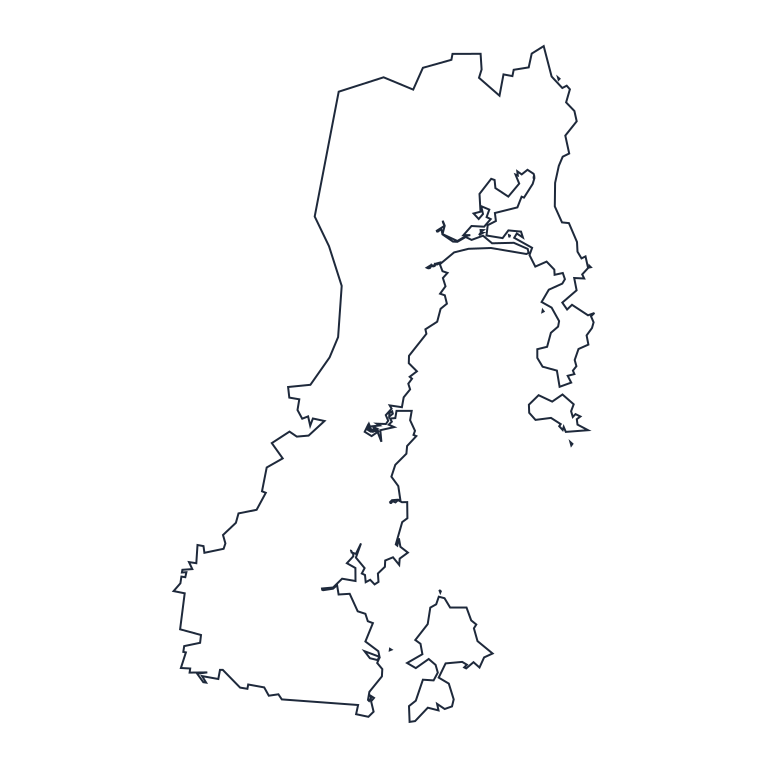 Glamorgan-Spring Bay, Tasmania, Australia
{"feature_id": "25037944B36269977330964", "entity_name": "Glamorgan-Spring Bay", "entity_type": "district", "adm_level": 2, "iso_a3": "AUS", "parent_name": "Australia", "parent_adm1": "Tasmania", "projection": "orthographic", "projection_center": [148.12, -42.278], "detail": "fine", "context": "isolated", "style": "outline", "palette": "slate", "viewbox_px": 768, "rotation_deg": 0, "n_neighbors": 0, "source": "geoboundaries", "source_scale": "gbopen_adm2", "svg_char_len": 6118}
<svg xmlns="http://www.w3.org/2000/svg" viewBox="0 0 768 768"><path d="M480.6,53.8L452.5,53.9L451.4,59.8L422.9,67.8L413.2,89.6L383.6,77.3L338.7,91.7L314.7,216.5L329.0,246.2L341.7,285.9L338.1,337.1L329.6,357.4L310.4,384.8L288.1,387.0L289.3,397.6L299.3,399.3L297.5,410.0L302.2,418.7L308.1,416.4L310.2,425.7L312.9,418.5L324.5,421.0L308.6,435.6L296.8,436.6L289.5,431.6L271.8,443.1L282.7,458.4L266.7,467.5L262.0,491.3L265.8,492.8L256.6,509.8L238.5,513.4L235.9,522.8L223.0,535.0L225.4,543.4L223.6,548.8L204.4,552.8L203.5,546.1L197.5,545.0L196.3,563.2L189.0,562.1L192.3,569.1L182.4,569.8L181.9,572.5L186.4,572.2L185.3,577.2L181.4,576.6L180.4,583.3L173.6,591.1L184.7,593.3L180.1,629.3L201.0,635.0L200.1,642.8L184.2,646.1L183.3,651.9L185.9,652.4L180.9,668.0L190.2,668.5L189.6,672.6L207.3,672.4L197.2,673.7L203.3,682.2L206.1,682.6L202.1,676.1L218.3,679.0L220.0,669.9L222.8,669.9L240.1,687.6L247.4,688.8L248.2,684.5L264.2,687.4L268.8,695.7L278.4,694.3L281.8,699.4L358.1,705.0L356.1,714.2L368.4,716.8L373.6,711.7L371.1,701.3L374.0,697.9L370.4,695.6L371.0,698.1L369.1,701.0L368.0,699.9L369.4,691.8L381.9,676.4L382.3,669.1L377.2,663.0L379.2,658.2L379.1,657.2L377.6,660.1L369.9,658.2L364.5,651.2L379.5,656.8L378.3,651.2L365.4,641.5L372.9,623.1L367.8,621.2L365.4,613.8L357.7,611.3L349.7,593.8L338.6,594.5L337.1,585.2L333.0,588.7L323.1,590.2L322.2,589.8L322.0,588.5L333.1,587.5L342.1,578.7L355.5,581.0L355.4,568.0L346.9,563.2L353.3,556.3L353.1,553.3L351.6,552.5L351.6,551.9L351.1,550.9L351.0,550.5L351.1,550.2L351.3,549.9L351.0,550.5L351.7,551.8L351.7,552.5L355.9,553.9L361.0,543.4L355.9,557.6L364.6,568.1L361.8,573.5L365.0,575.0L365.7,582.2L370.2,579.8L374.6,584.4L378.5,581.9L377.9,573.5L384.9,566.8L385.2,560.5L393.0,557.3L399.2,564.9L399.7,558.6L407.9,552.6L400.4,546.8L398.9,538.3L397.3,545.6L395.8,544.4L402.2,522.1L407.4,518.2L407.2,502.1L401.9,502.2L397.9,500.1L395.5,502.4L392.6,501.2L391.3,502.9L390.5,503.0L390.1,502.4L389.5,502.7L392.0,500.2L398.1,499.7L400.5,500.9L398.3,486.1L391.4,476.7L395.3,464.8L406.4,453.7L407.1,446.0L416.3,436.1L413.5,434.9L415.0,430.8L410.1,420.2L411.7,410.9L396.5,410.9L395.3,418.1L390.1,418.5L391.8,421.7L388.7,424.7L394.2,427.1L380.3,430.2L381.4,441.8L377.6,432.0L371.6,436.1L364.7,431.8L367.2,426.7L367.5,429.6L369.8,431.1L371.5,431.5L368.5,427.2L368.2,425.5L368.9,423.9L371.7,430.9L374.7,427.6L372.0,426.3L379.7,425.5L376.8,423.7L385.9,424.0L388.2,420.7L385.8,415.1L391.6,408.7L389.7,405.4L401.9,407.2L403.7,397.3L410.1,389.4L408.3,383.7L412.0,378.7L409.7,376.8L416.9,371.3L408.8,363.2L409.0,355.8L426.4,333.8L425.4,329.3L437.2,321.7L440.6,308.8L446.9,303.7L444.8,295.3L440.1,293.7L445.5,286.3L442.9,278.0L447.5,272.9L442.5,271.2L439.4,263.1L437.5,264.4L436.4,264.5L434.9,264.0L434.9,265.7L434.5,266.0L433.7,266.3L432.8,266.3L431.8,266.0L431.3,265.2L430.5,267.3L429.8,268.1L428.4,268.3L427.6,268.1L426.8,267.7L431.2,265.0L434.3,266.0L434.8,265.5L434.5,264.8L435.0,263.9L440.6,262.4L441.0,263.3L454.1,252.4L468.5,248.8L491.0,248.0L526.4,254.0L528.6,252.9L527.7,248.9L513.8,242.8L492.1,243.3L483.0,235.7L471.6,239.9L465.7,237.0L457.4,241.8L453.0,241.6L442.5,234.4L441.3,229.0L438.0,231.5L437.2,231.6L436.7,231.1L436.1,231.2L444.5,225.8L443.0,222.4L442.7,220.7L444.7,225.7L442.5,234.1L457.4,241.0L466.1,235.9L470.3,235.1L463.5,235.1L471.5,226.0L484.1,226.7L490.7,219.1L486.6,217.1L489.3,209.6L481.2,206.2L483.0,214.0L478.7,219.0L473.6,213.5L480.5,211.7L479.5,193.9L491.2,178.8L494.6,180.0L495.4,188.1L508.3,196.6L519.2,183.6L515.5,174.6L517.8,175.5L517.3,171.3L521.7,174.4L527.5,169.8L533.6,173.8L534.2,175.8L534.4,178.2L532.7,183.9L524.0,197.6L521.6,196.7L517.4,207.4L494.9,213.0L495.9,221.0L487.7,225.2L486.5,235.5L502.6,238.1L508.4,230.4L521.0,231.6L522.9,237.5L516.8,233.5L514.2,237.8L532.1,247.8L529.5,255.1L535.3,266.6L546.6,261.6L554.3,269.6L554.6,274.8L562.8,273.0L564.9,279.2L562.3,283.6L548.8,289.7L541.6,302.0L551.6,307.6L559.1,321.1L558.1,326.6L550.9,332.8L547.1,346.8L537.3,349.2L537.3,357.9L542.6,366.7L556.9,370.6L559.6,386.8L571.2,382.6L567.7,375.8L574.4,374.1L572.9,370.6L576.4,366.2L574.7,360.0L578.5,349.0L588.4,344.6L586.6,335.4L592.0,328.0L593.6,322.3L591.0,316.3L594.4,313.0L588.0,315.3L572.0,304.8L567.1,309.5L562.3,302.6L576.6,290.3L574.2,278.0L584.2,278.5L582.2,274.4L588.1,268.0L585.5,256.4L581.5,258.4L577.5,251.7L577.0,242.0L568.9,223.1L562.0,222.4L554.8,206.4L555.1,182.9L558.8,165.9L562.7,156.7L569.2,153.5L565.3,135.6L576.7,121.3L574.4,111.0L566.1,102.4L569.9,89.3L566.7,85.7L562.3,88.0L551.6,76.5L543.7,46.1L531.7,53.6L528.7,67.4L513.7,69.8L512.4,76.1L503.5,74.4L499.5,95.7L479.0,77.8L481.6,69.5L480.6,53.8ZM437.8,672.6L433.6,680.4L422.9,679.7L415.8,700.7L409.0,706.1L409.6,721.9L415.1,721.1L427.8,707.7L438.5,710.4L437.1,703.9L444.7,709.0L452.0,706.4L453.7,699.4L448.8,683.6L438.7,677.6L445.6,663.4L462.2,661.9L466.9,664.7L464.2,667.4L466.2,668.4L473.5,662.2L479.5,667.5L484.1,657.4L492.6,653.5L477.5,641.1L473.9,628.3L476.3,624.5L471.2,620.4L466.5,607.5L450.1,607.5L444.5,598.2L438.8,596.7L436.2,604.3L430.3,607.6L427.7,624.1L415.3,640.0L420.5,643.8L422.4,654.2L407.1,663.0L415.8,668.1L428.7,659.0L435.6,664.9L437.8,672.6ZM560.7,424.1L559.2,426.2L562.7,430.0L563.7,426.9L565.8,431.9L588.1,430.2L577.5,424.6L576.8,419.2L580.4,416.5L575.5,414.1L572.8,417.0L571.1,411.2L573.7,404.3L562.5,394.5L552.2,401.6L538.6,395.2L528.9,404.7L529.2,412.8L535.5,419.9L551.0,417.9L560.7,424.1ZM389.2,416.7L392.8,413.7L392.2,411.4L389.3,413.3L389.2,416.7ZM480.6,230.0L480.8,232.0L483.3,230.1L480.6,230.0ZM570.4,442.1L571.3,445.4L572.4,443.9L570.4,442.1ZM480.5,233.0L479.0,235.0L482.6,233.0L480.5,233.0ZM439.3,590.0L440.3,592.5L440.8,591.3L439.3,590.0ZM559.5,78.8L558.0,77.5L558.6,79.7L559.5,78.8ZM509.0,235.2L509.3,237.3L509.9,235.6L509.0,235.2ZM543.6,311.4L542.7,310.2L542.4,312.0L543.6,311.4ZM373.9,430.3L372.8,431.4L375.2,431.1L373.9,430.3ZM589.7,266.1L589.8,267.4L590.8,267.2L589.7,266.1ZM390.0,648.9L389.8,650.3L391.3,649.7L390.0,648.9ZM377.4,428.9L375.3,427.9L374.5,428.5L374.7,429.7L376.2,429.6L377.4,428.9ZM378.2,431.3L377.3,429.4L376.3,430.4L377.7,431.3L378.2,431.3ZM533.8,178.9L534.0,175.9L533.6,177.2L533.8,178.9Z" fill="none" stroke="#1e293b" stroke-width="2"/></svg>